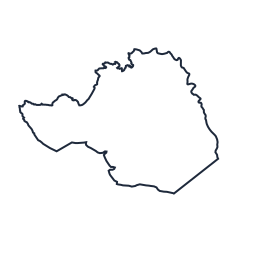 outline of Louvet, Dennery, Saint Lucia, rotated 236°
{"feature_id": "8701671B45979799747328", "entity_name": "Louvet", "entity_type": "district", "adm_level": 2, "iso_a3": "LCA", "parent_name": "Saint Lucia", "parent_adm1": "Dennery", "projection": "albers", "projection_center": [-60.883, 13.961], "detail": "fine", "context": "isolated", "style": "outline", "palette": "slate", "viewbox_px": 256, "rotation_deg": 236, "n_neighbors": 0, "source": "geoboundaries", "source_scale": "gbopen_adm2", "svg_char_len": 5826}
<svg xmlns="http://www.w3.org/2000/svg" viewBox="0 0 256 256"><g transform="rotate(236 128 128)"><path d="M48.0,129.4L52.1,185.5L53.9,185.8L55.9,186.8L57.2,186.9L59.0,186.9L60.3,188.1L61.2,190.0L62.1,191.4L63.3,192.2L64.1,192.5L66.2,194.4L68.7,195.5L69.6,195.7L72.0,196.2L73.9,196.0L78.4,195.1L81.3,194.9L84.2,195.0L87.1,195.5L88.5,196.0L90.9,197.1L92.1,197.2L93.1,197.7L94.0,198.8L95.2,199.5L97.5,199.5L98.6,199.7L100.3,200.8L100.7,201.0L101.6,200.9L103.4,201.0L104.2,200.8L104.6,200.8L105.3,201.2L106.2,202.1L106.7,202.4L107.0,202.5L107.8,202.6L108.2,202.5L109.2,201.2L109.5,201.0L109.7,200.9L110.4,201.1L110.9,201.8L111.4,204.2L111.7,204.5L111.9,204.6L112.3,204.5L114.1,203.9L116.1,203.5L116.9,203.2L117.7,202.8L117.9,202.6L118.7,201.3L118.8,201.1L119.5,201.0L120.6,200.5L122.0,200.5L122.8,200.8L123.2,201.2L124.1,203.6L124.6,204.5L124.8,206.7L124.9,207.0L125.2,207.3L125.5,207.5L126.3,207.5L127.5,207.1L128.1,206.7L128.9,206.0L129.6,205.0L130.3,202.9L130.6,202.1L130.9,201.9L131.1,201.8L131.5,201.9L133.0,203.2L134.7,204.2L135.4,204.8L136.6,206.4L137.8,208.5L138.4,209.0L138.8,209.1L139.1,209.0L139.9,208.4L140.8,207.9L142.3,207.7L146.7,207.7L148.0,206.6L148.8,206.5L150.0,206.7L150.6,207.0L154.6,209.8L155.8,209.9L156.6,209.9L157.6,209.5L157.7,209.3L157.7,209.0L157.5,208.4L157.0,207.6L156.8,207.2L156.9,206.8L157.1,206.2L158.3,205.4L159.5,205.0L161.3,205.1L162.8,205.0L164.3,205.2L165.0,205.2L166.1,204.9L167.3,205.0L167.9,204.8L168.4,204.5L168.6,203.9L168.6,203.4L168.4,202.3L169.3,199.6L170.0,197.9L170.4,197.3L171.5,196.2L173.0,194.8L173.6,194.5L174.3,194.4L175.2,194.7L177.8,195.9L178.1,195.9L178.4,195.5L178.7,194.9L179.1,193.5L179.3,192.5L179.0,190.8L178.8,189.1L178.9,187.6L179.1,186.6L180.2,184.7L180.8,183.1L181.5,181.9L181.8,181.5L182.0,181.5L183.5,181.6L185.8,181.1L188.5,178.9L188.8,178.5L189.1,178.2L189.5,177.8L189.8,177.3L189.7,177.1L189.1,176.8L188.4,175.4L188.4,174.6L188.0,172.9L188.1,172.2L188.4,171.3L189.7,170.4L189.7,170.2L189.4,170.1L189.0,170.4L188.9,169.9L188.7,169.9L188.4,169.9L187.7,169.7L187.2,169.7L187.1,169.3L186.3,169.0L186.0,168.8L186.0,167.9L185.7,167.6L185.1,167.5L184.8,167.3L184.5,167.3L184.4,167.5L184.2,167.5L183.8,167.3L183.2,167.8L182.9,167.9L181.2,167.6L180.3,167.5L179.7,166.8L179.1,166.8L178.9,166.9L178.5,166.8L177.5,167.5L177.3,167.5L176.9,167.2L176.5,166.8L176.1,165.6L176.1,164.8L176.2,164.5L176.7,164.2L177.2,164.3L177.5,164.6L177.9,164.4L178.4,164.4L178.8,164.2L178.5,163.4L179.5,163.4L180.0,163.1L180.4,162.7L180.5,162.3L180.3,161.9L180.7,161.0L180.3,160.6L180.0,160.4L179.3,159.8L179.3,158.9L178.4,157.6L178.1,156.9L178.3,156.5L178.1,155.8L178.2,155.1L178.4,154.8L180.0,155.6L180.4,155.8L180.8,156.2L181.1,156.2L181.8,154.6L181.7,154.2L182.0,154.0L182.4,153.9L183.0,153.4L183.1,152.9L183.5,152.6L183.9,152.6L183.9,154.0L184.1,154.2L184.1,155.0L184.2,155.6L185.1,156.2L185.6,156.1L186.0,156.3L186.7,156.0L187.8,155.8L188.4,155.8L189.9,154.6L189.9,154.3L189.1,154.4L188.7,154.0L188.3,153.3L188.4,153.2L188.5,152.9L189.1,152.3L189.0,151.7L189.0,151.1L189.1,150.8L190.3,150.3L191.1,149.2L192.3,148.5L193.6,147.9L194.0,147.0L195.1,145.9L195.1,145.7L194.7,145.2L194.6,144.9L194.8,144.0L195.1,143.6L195.3,143.1L195.1,142.7L194.4,142.7L194.0,142.9L192.7,142.9L191.4,143.8L190.6,143.9L190.3,143.5L190.4,142.6L191.3,141.7L191.3,140.9L192.2,139.6L193.4,137.5L193.2,136.3L192.9,135.5L192.9,134.8L192.9,134.5L193.8,133.2L193.6,133.0L192.3,132.3L191.6,132.5L190.3,133.0L189.1,133.2L187.3,133.7L186.8,133.4L186.3,131.6L184.5,129.7L184.2,129.1L183.1,127.8L182.7,127.7L181.5,126.8L181.6,125.9L181.9,124.7L181.7,123.8L181.2,122.7L180.2,122.9L179.7,122.6L179.2,122.0L176.6,117.0L174.0,111.3L174.0,110.3L173.0,107.0L172.7,104.3L172.8,102.7L173.4,101.2L174.0,100.3L175.2,100.5L175.7,100.5L177.6,101.1L179.3,100.8L180.1,100.5L180.8,99.9L181.1,99.4L181.1,98.9L181.2,98.5L182.1,97.6L182.8,97.6L183.1,97.8L183.2,98.1L183.2,98.4L183.4,98.6L183.5,98.7L183.8,98.6L184.5,97.8L184.9,97.6L185.8,97.4L186.2,96.8L186.9,96.2L187.9,96.2L188.8,95.9L189.1,95.7L189.6,95.6L190.3,95.1L191.2,94.5L191.7,93.4L192.1,92.9L192.2,92.7L191.8,92.7L191.7,92.7L192.3,91.1L192.4,90.3L192.8,88.3L192.4,86.9L191.7,85.8L191.5,85.3L191.3,84.5L191.4,82.4L191.2,81.3L191.2,80.7L191.1,79.9L190.9,79.5L190.7,79.2L189.7,78.3L189.4,77.8L189.2,77.8L189.2,77.6L189.5,77.1L190.2,76.4L190.8,75.5L191.8,74.7L192.7,73.5L193.2,73.0L195.3,70.1L195.7,69.9L196.3,70.1L196.5,70.0L196.5,69.8L196.1,69.1L196.1,68.6L196.8,67.2L198.2,65.2L198.7,64.8L199.5,64.4L199.6,64.2L199.7,63.7L200.2,63.4L200.4,63.0L200.8,63.1L201.0,63.0L201.4,62.7L201.9,61.9L202.4,61.7L203.4,61.5L204.1,61.1L204.5,60.7L204.6,60.2L205.0,60.0L205.3,60.2L205.5,60.1L205.9,59.5L206.8,59.3L207.7,58.5L208.0,57.9L207.8,57.3L207.3,56.9L206.4,56.4L205.9,56.1L205.7,55.6L205.6,55.1L205.6,53.5L205.4,53.2L204.8,52.8L205.0,52.3L205.5,51.7L206.2,51.2L206.5,50.8L207.0,50.5L207.1,50.3L206.6,50.1L206.1,49.7L205.3,49.5L204.2,49.0L203.3,48.4L202.1,48.1L201.7,47.6L200.2,47.8L199.4,48.2L198.7,48.3L198.0,48.0L197.6,47.6L196.9,47.2L194.7,47.6L194.6,46.8L194.6,46.5L194.3,46.2L192.8,46.5L192.0,46.1L190.6,46.5L189.4,47.3L187.4,47.3L185.8,46.9L181.2,47.5L179.2,47.3L177.4,46.7L176.0,47.3L175.0,46.7L168.1,46.7L166.5,47.7L164.3,48.4L162.3,48.8L155.0,52.1L148.6,55.8L147.4,73.4L145.0,75.9L143.8,77.6L140.6,83.2L139.6,85.4L138.4,84.2L137.2,83.8L134.7,84.4L132.3,85.9L126.9,88.5L124.7,89.2L122.9,90.6L121.5,93.3L121.5,95.8L120.5,97.0L119.7,96.2L119.5,93.9L119.1,92.9L116.6,92.3L112.6,91.7L107.0,91.7L105.2,92.1L104.2,93.7L102.6,95.0L101.8,93.7L102.0,91.9L103.4,89.8L103.4,88.1L100.4,87.1L98.8,86.9L92.1,87.3L89.5,88.8L87.8,87.4L86.8,88.2L84.9,90.3L83.3,91.7L79.7,96.4L77.3,98.4L75.9,101.5L75.7,103.3L74.7,106.3L70.3,110.9L68.6,113.0L67.0,114.7L65.1,116.9L62.8,118.4L60.2,118.4L58.1,119.1L55.2,122.1L53.3,124.6L48.5,129.2L48.0,129.4Z" fill="none" stroke="#1e293b" stroke-width="2"/></g></svg>